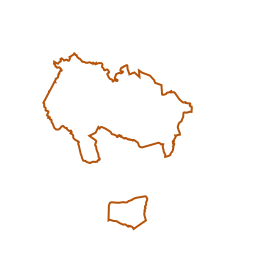 the district of Huehuetlán el Chico, Puebla, Mexico, rotated 333°
{"feature_id": "50627088B51636032472244", "entity_name": "Huehuetlán el Chico", "entity_type": "district", "adm_level": 2, "iso_a3": "MEX", "parent_name": "Mexico", "parent_adm1": "Puebla", "projection": "orthographic", "projection_center": [-98.73, 18.359], "detail": "fine", "context": "isolated", "style": "outline", "palette": "amber", "viewbox_px": 256, "rotation_deg": 333, "n_neighbors": 0, "source": "geoboundaries", "source_scale": "gbopen_adm2", "svg_char_len": 5713}
<svg xmlns="http://www.w3.org/2000/svg" viewBox="0 0 256 256"><g transform="rotate(333 128 128)"><path d="M99.2,35.9L98.4,38.0L98.1,38.2L97.5,38.0L96.8,38.0L94.8,38.9L94.5,38.7L92.3,35.5L92.0,36.3L91.2,37.2L91.6,37.8L91.7,38.5L91.4,40.4L91.9,40.8L92.2,42.1L93.2,42.3L94.3,42.8L94.3,43.1L95.0,44.5L94.9,45.3L95.1,46.1L94.9,46.1L94.7,46.7L93.9,46.7L93.6,46.4L91.5,47.8L91.4,48.5L90.6,48.4L90.5,48.7L89.8,49.3L89.7,49.9L89.0,50.4L88.5,51.1L87.0,51.4L86.1,51.3L85.7,51.6L85.6,52.0L83.8,53.3L83.9,54.1L83.2,53.7L75.2,59.4L74.2,59.5L74.0,60.2L64.0,67.2L64.3,68.0L64.3,68.6L63.9,69.4L63.5,69.9L63.4,70.5L63.0,70.9L63.0,71.2L63.6,72.4L63.7,73.0L63.4,73.4L62.6,74.9L63.0,75.5L64.1,76.3L64.5,77.0L64.5,77.4L63.0,78.9L62.5,79.1L61.7,79.8L61.6,80.2L62.2,81.1L62.1,81.9L61.5,82.8L61.9,83.0L63.1,82.6L63.2,82.8L62.6,84.0L62.4,84.9L63.5,85.8L63.5,86.3L62.6,87.8L62.9,91.0L62.6,92.0L62.4,94.3L62.7,95.4L63.1,96.1L63.1,96.4L64.6,97.5L65.8,97.8L67.2,97.6L68.4,96.9L69.3,96.6L70.7,96.5L71.3,97.0L71.7,98.6L72.1,99.2L72.5,99.7L73.2,100.0L73.5,100.4L73.2,101.2L73.3,102.0L74.2,103.7L75.0,104.5L75.9,104.4L76.1,105.2L76.0,105.9L75.7,106.2L74.6,106.3L74.3,106.6L75.3,108.0L75.8,109.5L75.5,110.5L74.9,111.5L74.9,112.7L75.2,113.7L76.1,115.4L77.5,117.2L77.8,117.9L77.8,118.3L77.3,118.7L76.9,118.7L76.3,119.9L76.4,120.6L74.1,129.7L74.0,131.3L73.4,134.2L73.3,136.5L73.5,137.0L75.2,138.0L75.5,139.2L77.6,141.4L78.7,142.2L79.5,141.9L81.2,142.1L82.0,142.4L83.5,143.5L84.5,143.6L85.2,144.0L85.5,143.6L86.5,143.4L87.0,143.3L87.2,143.0L88.1,143.3L88.4,143.2L88.7,142.9L88.9,142.4L88.7,141.9L88.6,140.6L88.8,139.9L89.5,138.5L90.2,132.8L91.2,129.8L90.9,129.4L91.0,128.2L91.7,127.4L92.3,127.0L92.7,126.2L93.4,125.9L93.7,125.2L93.7,124.5L90.0,117.4L97.0,117.5L101.9,113.8L102.0,114.8L102.4,115.6L103.4,114.8L104.9,115.1L106.2,116.5L107.8,118.6L110.5,123.1L110.8,124.3L110.7,125.0L110.9,126.1L111.3,126.6L112.3,127.2L114.4,130.0L114.5,130.4L114.2,131.1L114.5,131.3L114.7,131.2L116.0,130.4L116.5,130.2L117.2,130.5L117.4,130.7L117.3,131.0L116.9,131.5L117.4,132.1L118.0,131.9L118.3,132.0L117.9,132.9L118.8,133.8L119.9,135.7L120.4,135.9L120.9,135.6L121.3,135.7L121.9,136.3L122.1,136.6L122.4,137.7L123.7,138.4L123.6,138.8L124.0,139.1L124.6,139.1L125.0,139.8L126.0,140.3L126.4,141.3L126.7,141.4L127.6,141.2L128.0,141.6L128.5,142.6L129.0,143.3L130.1,145.8L129.7,149.2L129.9,150.0L130.8,150.9L131.7,151.7L148.6,155.0L149.4,156.0L150.0,157.5L150.5,157.6L152.0,158.5L150.7,159.8L150.5,160.8L150.0,161.7L149.8,163.2L149.1,165.4L149.0,166.6L149.2,168.1L149.1,168.7L148.0,170.6L151.1,171.3L153.5,171.2L154.2,170.3L155.6,169.5L156.3,169.3L157.8,168.3L158.9,166.7L159.7,165.9L159.7,164.9L160.5,164.6L161.2,164.0L160.9,163.6L161.1,163.3L161.8,163.3L162.1,162.9L162.0,162.7L161.1,162.8L161.0,162.3L161.6,161.4L162.5,160.9L161.8,160.4L162.1,160.1L162.8,160.3L163.7,159.4L165.0,158.5L165.5,158.3L166.1,157.8L166.4,157.4L166.7,156.1L167.8,156.9L168.6,156.7L169.4,156.8L170.9,157.5L171.3,157.5L171.9,155.7L172.0,153.8L172.6,150.1L173.2,149.2L174.8,147.5L176.5,146.5L178.9,146.2L179.2,145.7L181.0,144.1L182.2,143.3L183.1,141.6L184.4,139.7L185.0,139.6L185.5,139.8L187.3,141.0L188.1,141.3L188.7,141.2L189.7,141.5L190.3,141.5L191.9,142.5L194.2,138.7L194.4,137.7L193.5,137.2L193.2,136.2L193.5,135.7L194.4,135.0L194.5,134.4L194.2,134.1L192.3,133.1L191.5,132.3L190.7,131.9L190.7,131.6L191.0,131.2L190.8,130.9L189.0,130.5L188.6,130.1L186.8,125.9L185.7,117.9L185.4,117.2L184.8,116.8L182.5,115.8L183.3,114.8L183.3,114.7L181.6,114.9L180.1,114.7L179.4,114.4L178.6,114.3L177.6,114.9L175.2,114.7L174.9,114.6L174.2,114.0L173.7,113.9L173.6,113.5L177.3,105.0L172.6,100.0L172.8,99.1L173.0,97.1L171.3,91.2L165.6,85.0L163.9,81.7L161.4,87.8L158.9,81.4L153.6,80.9L153.9,79.6L154.3,75.6L155.7,72.1L155.6,71.6L155.1,71.3L153.6,71.4L152.8,71.2L151.8,71.5L150.5,71.3L150.3,71.6L149.8,71.7L148.8,71.6L147.4,73.1L147.3,73.9L147.8,74.5L149.1,75.3L149.0,75.8L147.6,76.2L146.6,76.2L145.8,75.5L145.5,75.1L145.1,74.9L142.2,74.6L141.6,74.8L140.8,75.8L139.4,76.9L138.9,77.5L138.7,78.1L140.2,80.1L140.4,80.5L140.2,81.0L139.8,81.2L139.3,81.0L138.6,80.3L137.8,79.2L137.5,79.1L136.5,79.4L135.9,79.8L135.7,79.8L135.5,79.6L135.5,79.3L135.9,78.7L135.7,77.7L134.1,75.7L133.8,73.3L134.0,72.9L134.0,72.4L133.9,71.0L134.0,70.5L134.6,70.1L136.1,70.0L136.6,69.6L136.6,69.0L136.4,67.1L136.1,66.6L135.8,66.3L133.4,66.0L133.0,65.5L133.3,63.9L132.7,62.5L132.6,61.8L133.2,60.8L133.8,60.3L134.1,59.7L134.1,59.1L133.8,58.2L131.4,56.9L129.3,56.6L129.2,55.6L128.2,56.2L127.9,56.3L127.4,55.1L126.9,54.8L126.2,54.9L126.5,54.0L126.3,53.9L125.5,54.0L124.9,53.7L124.6,53.5L124.1,52.4L122.6,51.6L121.4,51.5L120.2,50.8L118.6,48.9L117.3,48.2L117.2,47.0L116.8,45.8L116.7,45.0L116.3,44.1L115.7,43.7L115.5,42.7L115.1,42.2L115.0,41.4L115.3,39.8L115.0,39.5L114.4,39.3L114.2,37.2L113.8,37.1L112.9,37.8L109.2,38.2L109.2,38.3L108.1,38.2L107.7,39.9L105.8,41.2L105.2,40.8L104.6,39.7L104.3,39.2L101.7,38.9L101.6,37.8L100.8,36.8L100.5,35.8L99.2,35.9ZM83.2,215.5L83.5,215.2L83.9,215.2L84.2,215.5L84.4,216.2L85.3,216.1L85.5,216.7L85.9,216.9L86.5,217.6L87.0,218.3L87.1,220.5L102.0,218.5L102.9,213.6L103.3,212.7L103.3,212.2L104.1,211.2L104.3,210.5L105.0,210.1L105.1,209.5L105.6,209.2L105.5,208.7L105.8,208.2L107.3,207.4L107.4,206.5L107.2,206.3L107.5,205.5L109.2,204.8L110.3,202.6L112.3,200.9L113.0,199.8L113.1,197.9L112.7,197.0L112.2,196.6L102.7,193.7L101.2,193.7L100.1,193.5L99.0,193.9L95.4,193.4L93.2,193.8L91.6,193.0L90.1,191.9L85.2,190.2L84.5,189.5L83.2,189.0L81.3,187.7L79.5,186.7L78.5,186.5L77.8,186.6L75.7,188.5L68.7,201.5L69.8,201.5L70.2,201.6L73.0,204.3L75.3,205.7L75.8,206.3L76.6,207.8L77.1,208.2L77.5,209.1L78.2,209.9L79.4,211.4L79.8,211.9L81.0,212.2L81.9,212.8L82.8,214.6L83.2,215.5Z" fill="none" stroke="#b45309" stroke-width="2"/></g></svg>